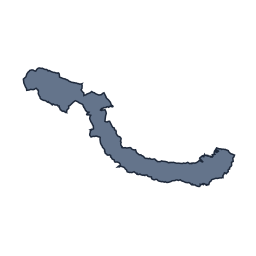 Rebrisoara, Bistrita-Nasaud, Romania (Albers equal-area conic projection), rotated 275°
{"feature_id": "2599482B58563661502775", "entity_name": "Rebrisoara", "entity_type": "district", "adm_level": 2, "iso_a3": "ROU", "parent_name": "Romania", "parent_adm1": "Bistrita-Nasaud", "projection": "albers", "projection_center": [24.527, 47.412], "detail": "fine", "context": "isolated", "style": "filled", "palette": "slate", "viewbox_px": 256, "rotation_deg": 275, "n_neighbors": 0, "source": "geoboundaries", "source_scale": "gbopen_adm2", "svg_char_len": 5798}
<svg xmlns="http://www.w3.org/2000/svg" viewBox="0 0 256 256"><g transform="rotate(275 128 128)"><path d="M110.3,236.5L111.2,233.6L111.2,233.0L111.7,232.1L113.2,230.3L114.2,229.9L114.4,228.9L114.7,228.5L114.6,228.1L115.2,226.7L115.0,226.3L115.2,225.1L115.1,223.5L114.8,223.2L115.3,222.4L115.2,220.7L115.9,218.0L114.1,217.2L113.4,219.5L112.7,220.1L111.9,219.2L112.1,218.8L112.8,218.9L113.0,218.5L112.0,218.4L112.4,217.9L113.2,218.1L113.8,217.0L113.1,216.7L113.1,217.4L112.6,217.8L112.4,217.7L113.0,216.6L112.4,216.3L112.1,217.6L111.7,217.7L112.3,216.2L110.5,215.9L109.3,216.8L108.9,215.3L109.0,215.1L108.8,214.3L107.4,215.1L106.3,214.4L106.3,213.0L107.0,213.4L107.1,211.3L106.9,210.3L107.6,210.1L107.7,208.9L107.3,208.9L107.3,208.2L107.8,206.9L108.3,206.6L106.2,206.0L107.0,205.2L106.8,204.7L106.2,204.8L106.2,203.9L105.7,203.7L105.3,202.9L104.4,202.1L104.1,202.0L100.9,205.4L100.7,205.2L100.8,204.5L102.1,201.9L101.0,201.2L99.6,199.4L98.7,197.6L98.9,196.8L98.6,194.9L98.4,194.9L98.4,194.4L98.1,194.4L98.1,193.3L97.9,192.4L99.0,190.5L97.8,188.4L97.8,187.3L98.0,186.5L97.4,185.4L97.3,183.9L97.4,181.3L97.1,179.6L97.8,176.0L97.4,174.9L97.6,173.8L97.1,172.8L97.3,172.5L96.9,171.2L97.5,170.2L97.9,168.1L97.9,165.3L98.2,164.5L97.3,163.0L97.1,160.2L98.2,159.2L98.2,158.5L99.2,157.7L99.5,156.9L98.9,154.9L99.0,153.5L99.4,152.6L99.7,152.3L99.2,151.3L99.4,149.3L99.2,148.3L99.8,146.9L100.5,146.5L101.5,145.1L101.6,144.2L102.4,143.2L102.3,141.5L104.3,138.6L107.0,137.4L106.7,136.1L107.0,134.4L107.4,133.5L108.4,132.7L108.7,131.8L107.9,128.4L108.2,127.0L107.8,124.9L108.0,123.6L109.0,123.7L109.1,123.3L110.4,122.4L111.7,122.1L113.3,122.4L114.2,121.6L115.5,122.0L117.1,122.0L118.6,120.5L118.8,119.0L120.2,117.6L121.7,116.6L123.2,116.6L124.6,116.1L124.9,114.9L125.2,114.6L126.0,114.6L127.0,114.1L127.2,112.9L127.5,112.5L133.1,109.1L132.9,107.6L132.2,107.0L132.2,105.6L132.6,104.4L138.2,104.6L140.7,105.1L142.5,104.5L144.2,103.5L143.8,102.3L143.8,101.1L143.1,100.0L143.4,99.0L144.0,99.1L144.2,99.3L143.7,100.3L145.1,100.1L145.4,100.6L145.4,101.2L146.3,102.2L146.2,102.8L146.6,104.5L147.1,104.7L147.5,105.5L146.9,106.8L147.3,107.4L147.9,107.5L147.8,108.2L148.3,108.8L147.7,110.2L148.0,110.8L147.5,111.4L148.9,110.7L149.1,109.9L149.6,109.3L152.1,108.2L154.4,106.0L155.5,104.4L156.6,103.4L156.9,103.5L161.0,101.0L160.2,99.6L158.9,98.6L158.3,96.1L159.1,93.3L159.8,91.9L160.2,91.5L160.4,89.9L161.2,88.7L159.7,87.1L158.1,83.8L157.2,83.0L157.1,82.2L156.5,81.2L159.1,80.9L159.8,79.8L161.9,77.9L163.5,78.7L166.4,78.6L167.7,78.1L168.1,78.3L167.6,77.2L167.7,76.3L167.4,75.8L167.9,74.9L167.8,74.0L168.3,72.8L168.2,72.0L168.5,70.7L168.3,70.2L168.6,69.6L168.6,67.8L169.3,66.1L169.3,65.5L170.6,63.6L170.9,61.9L171.3,61.6L171.7,58.6L172.0,58.0L172.7,55.4L175.8,54.8L176.8,54.0L176.4,53.0L176.7,52.6L176.5,51.4L177.0,50.2L176.9,48.8L177.6,46.3L178.3,44.9L178.4,44.2L178.0,43.8L178.0,43.2L178.7,42.7L179.2,41.8L179.1,40.1L180.1,37.3L179.8,36.5L180.1,34.3L179.7,33.3L178.7,32.2L176.6,31.1L176.8,29.7L177.5,28.4L177.5,27.1L176.7,25.0L175.8,24.6L175.1,23.7L173.0,22.5L170.1,21.9L167.6,19.5L163.8,20.3L159.8,22.4L158.6,23.4L156.7,23.8L157.3,26.4L158.0,27.7L157.9,30.3L158.2,30.6L158.3,31.3L159.4,32.6L159.5,33.3L158.0,34.6L158.0,35.2L157.8,35.3L156.5,35.6L154.4,35.6L152.1,36.9L151.6,37.5L150.0,37.9L149.0,39.1L148.6,40.5L148.2,41.1L148.1,43.4L146.7,45.6L146.7,46.0L147.2,46.5L146.3,47.2L146.2,48.1L145.6,48.7L145.4,49.5L144.4,50.5L145.4,51.2L144.6,53.1L144.6,54.8L144.8,55.3L144.4,55.9L143.9,56.1L143.8,57.6L142.5,57.6L142.4,58.0L140.3,59.0L140.3,59.4L139.4,60.3L138.9,61.8L139.2,62.4L138.9,63.0L139.0,63.5L138.4,63.8L138.0,64.6L138.0,65.3L138.2,65.1L138.8,65.5L140.4,65.5L142.6,67.3L144.7,66.9L145.2,68.0L149.0,71.3L150.6,73.1L149.8,75.6L148.8,77.2L147.8,80.2L147.0,81.2L145.7,81.6L145.5,82.0L144.6,82.2L144.0,83.0L141.8,84.2L141.6,84.8L140.9,85.1L140.4,86.0L140.3,87.8L139.6,87.4L139.6,86.6L138.0,85.6L137.7,85.7L137.5,86.4L137.7,87.6L137.4,89.8L135.9,89.1L134.0,89.0L131.0,90.5L129.0,92.1L128.2,92.3L127.3,93.2L124.1,93.7L123.7,93.1L123.6,91.9L123.0,90.7L122.7,91.6L121.7,90.7L120.5,90.8L118.5,90.4L117.2,90.7L116.6,91.4L115.8,92.0L116.7,94.0L116.6,95.1L117.2,96.9L116.9,98.7L116.6,99.0L116.6,100.5L116.2,101.1L114.2,101.1L110.7,101.9L109.0,102.8L107.7,103.9L106.7,104.2L104.7,106.4L103.6,106.8L103.0,106.6L102.1,107.3L101.5,107.2L100.7,107.7L99.8,109.4L99.3,109.6L99.2,110.6L99.7,112.1L99.2,112.6L99.1,113.1L97.6,113.2L97.4,113.8L95.7,115.0L95.0,117.0L93.5,117.5L92.9,118.1L93.2,120.2L92.5,122.4L91.4,123.3L89.9,123.6L89.2,121.9L88.4,121.2L88.7,122.2L88.4,122.6L89.1,123.5L89.2,124.7L88.5,127.4L87.8,128.3L87.0,128.8L86.1,130.2L84.3,131.0L84.2,131.3L83.8,133.5L84.0,134.4L83.9,135.8L85.0,137.8L83.7,139.7L83.6,140.9L82.8,140.8L82.6,141.3L82.6,142.9L83.2,143.9L82.5,145.1L82.2,147.1L82.5,147.7L82.1,148.9L82.6,149.1L82.8,151.0L81.7,151.9L81.3,153.3L81.3,155.6L79.6,155.9L78.8,157.7L78.6,158.6L79.3,160.3L79.2,161.5L78.2,162.5L77.8,163.5L77.4,166.4L77.7,167.1L77.2,168.9L77.8,169.7L77.3,170.6L77.1,171.6L77.5,173.3L78.5,175.6L79.3,176.6L79.7,179.3L80.3,180.2L80.6,181.4L80.1,182.7L81.0,184.7L80.3,185.5L79.8,186.7L79.7,187.7L78.8,190.1L78.7,192.5L79.0,193.4L78.0,195.4L77.4,195.7L76.9,196.7L77.7,197.2L77.0,198.0L77.1,200.0L76.4,200.9L75.9,203.0L76.0,204.5L77.2,205.0L78.2,204.8L78.0,206.0L78.7,206.8L78.3,207.0L78.4,207.5L78.2,208.0L79.2,208.0L79.2,209.1L78.8,209.4L78.5,210.7L77.9,210.8L77.8,211.5L78.6,211.7L78.4,213.3L78.1,213.5L78.9,213.4L80.6,213.8L81.5,214.2L82.2,215.2L83.8,215.8L85.6,220.0L85.5,221.4L86.4,224.1L86.3,225.2L87.0,226.4L86.8,226.9L87.6,227.0L88.6,226.6L90.4,227.6L91.7,227.9L91.9,228.3L91.0,229.8L93.0,231.3L93.2,231.7L94.3,231.4L95.4,231.6L96.0,232.8L97.6,232.7L98.8,234.0L99.8,234.5L102.8,234.1L103.9,235.7L107.1,235.0L108.2,235.9L110.3,236.5Z" fill="#64748b" stroke="#1e293b" stroke-width="1.5"/></g></svg>